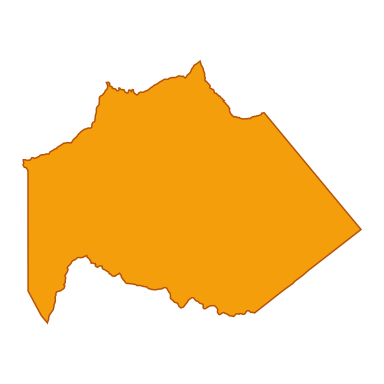 outline of Rondon do Pará, Pará, Brazil
{"feature_id": "56859067B15307403592374", "entity_name": "Rondon do Pará", "entity_type": "district", "adm_level": 2, "iso_a3": "BRA", "parent_name": "Brazil", "parent_adm1": "Pará", "projection": "albers", "projection_center": [-48.579, -4.482], "detail": "fine", "context": "isolated", "style": "filled", "palette": "amber", "viewbox_px": 384, "rotation_deg": 0, "n_neighbors": 0, "source": "geoboundaries", "source_scale": "gbopen_adm2", "svg_char_len": 5812}
<svg xmlns="http://www.w3.org/2000/svg" viewBox="0 0 384 384"><path d="M254.5,313.0L277.6,294.8L283.3,290.4L284.3,289.6L293.1,283.3L294.9,281.2L302.3,275.7L308.8,270.1L333.9,250.6L361.0,229.5L352.1,218.8L334.1,197.2L264.1,112.7L263.1,113.0L262.0,113.0L261.4,113.8L261.1,114.6L260.3,115.0L258.2,115.7L257.1,115.8L256.2,116.2L255.2,116.5L254.2,116.3L253.4,116.8L252.5,116.9L251.8,117.3L251.0,117.6L250.6,118.4L249.5,118.7L248.6,118.3L247.6,118.6L246.8,118.9L245.9,118.7L242.7,119.0L240.9,118.4L240.1,118.4L239.5,117.7L238.6,117.4L237.6,117.6L235.9,116.7L235.0,116.6L234.3,117.0L233.6,116.7L232.9,116.0L232.1,115.6L231.9,114.8L231.0,114.3L230.7,113.4L229.7,111.9L229.7,110.9L229.4,109.7L229.7,108.6L229.0,108.1L228.9,107.3L227.8,105.8L227.0,105.2L226.5,104.4L225.8,103.9L225.4,103.1L223.3,101.1L224.1,100.4L223.2,100.0L222.8,99.2L222.1,98.6L221.3,98.1L220.2,96.6L219.6,96.0L218.5,95.8L218.0,95.0L217.3,94.5L216.7,93.6L215.8,93.2L214.9,93.2L214.3,92.6L214.0,91.0L213.6,89.9L212.8,89.3L211.9,89.3L211.4,88.7L210.6,88.4L209.8,87.9L209.7,87.1L210.1,86.3L210.0,85.5L208.3,83.5L207.5,82.9L206.4,81.4L205.5,81.3L205.2,80.4L204.8,79.6L205.3,78.0L204.6,76.2L204.6,73.5L204.2,72.2L203.6,71.2L203.4,70.3L203.4,69.3L202.3,66.7L201.2,65.2L201.0,64.2L200.6,63.3L200.5,62.4L200.1,61.1L198.5,62.4L197.4,63.3L196.2,64.1L195.0,64.7L194.0,65.4L193.4,66.6L192.8,67.8L192.1,68.4L191.5,69.5L190.6,72.0L189.8,73.0L187.2,75.2L186.4,76.8L185.5,77.9L184.5,77.5L183.5,76.3L181.3,76.4L179.6,75.9L178.2,76.0L176.4,77.3L175.2,77.5L172.1,77.5L170.3,78.0L169.2,78.3L168.5,79.0L167.2,79.4L164.7,79.2L159.6,82.1L157.2,83.9L154.7,84.9L153.3,86.1L151.0,87.6L148.7,89.5L147.7,90.3L145.6,91.0L144.2,91.8L142.7,92.3L140.8,92.1L139.6,92.4L138.6,93.2L138.1,94.4L136.5,94.9L135.2,93.7L134.3,93.2L133.6,91.8L133.3,89.7L132.2,89.6L131.4,91.5L129.8,90.0L128.8,90.1L128.0,92.9L127.1,93.1L126.1,92.5L125.4,92.1L124.6,91.5L124.2,90.0L123.3,89.6L121.7,89.7L120.2,88.9L119.7,88.0L118.8,88.1L119.0,89.5L118.7,90.3L117.9,90.8L116.8,90.7L116.4,90.0L115.4,88.9L114.3,88.7L113.1,88.6L112.2,88.0L112.5,87.3L111.1,86.3L110.0,86.1L109.4,85.3L109.9,84.0L109.5,83.1L108.6,82.3L107.6,82.3L106.4,82.5L107.0,83.9L107.6,84.9L107.6,87.5L106.8,89.4L105.3,90.7L104.9,91.8L104.2,93.1L103.5,93.6L102.4,95.2L101.0,95.8L100.3,96.2L99.6,97.1L99.3,98.2L99.4,100.7L99.0,104.8L98.2,105.7L97.5,106.5L96.8,107.5L96.5,108.4L96.3,109.4L96.4,112.0L96.0,113.6L95.3,115.8L95.3,117.2L95.2,118.4L94.9,119.4L94.9,121.0L94.4,121.7L93.6,122.0L92.9,122.5L92.2,123.5L91.9,124.4L91.8,127.1L91.1,127.8L90.3,128.2L88.2,128.0L85.7,129.0L84.9,129.2L83.9,129.5L83.2,130.2L82.0,130.9L80.5,132.1L80.0,132.8L78.6,134.1L77.7,135.2L77.0,136.4L75.8,137.5L75.2,138.1L73.6,139.4L72.0,141.8L71.2,142.9L69.0,142.7L66.9,142.6L65.6,143.2L63.9,143.1L62.1,144.4L60.2,145.6L57.3,147.3L56.7,148.5L54.2,149.3L53.3,150.2L50.5,151.6L49.7,152.4L48.9,154.1L46.6,153.9L45.5,154.2L44.2,154.7L41.6,154.8L40.1,155.4L39.5,155.9L38.8,156.7L36.5,157.6L35.2,158.3L34.2,158.3L32.9,157.6L31.6,157.8L30.8,159.4L30.2,160.0L28.2,160.2L27.3,160.4L26.5,160.2L25.3,159.7L24.2,159.8L23.3,159.7L23.3,161.2L23.6,162.1L23.7,163.1L23.0,164.8L24.3,167.3L26.2,167.7L26.8,168.5L27.7,170.3L28.0,171.5L28.0,197.3L28.0,220.8L28.1,291.0L41.3,315.6L47.4,322.9L47.7,321.6L48.5,319.8L48.8,316.8L49.1,315.8L49.8,314.5L52.8,310.3L53.3,309.2L53.7,307.5L54.0,305.5L54.2,304.4L55.0,302.5L55.2,301.5L55.3,300.5L55.3,298.5L55.1,297.5L55.4,296.2L55.9,295.2L56.0,292.9L56.8,291.9L57.8,291.5L60.7,290.7L61.5,290.1L63.2,289.0L64.0,288.3L64.4,287.4L64.7,285.5L63.8,284.9L64.0,284.0L64.8,283.5L65.2,282.6L65.2,280.7L65.7,277.7L65.4,276.8L64.9,276.0L65.2,275.1L65.9,274.4L66.3,273.4L67.3,271.8L68.0,269.8L67.9,268.8L67.2,268.1L67.3,267.3L70.9,263.6L71.4,262.4L72.1,261.3L72.8,260.7L73.7,260.2L74.8,259.9L75.6,259.3L76.4,258.7L76.9,258.0L77.9,257.6L79.0,257.5L81.0,257.7L82.1,257.5L83.2,257.3L84.9,256.1L85.9,256.1L86.8,255.6L87.3,257.5L88.2,257.9L89.7,259.4L90.0,260.4L90.8,261.2L91.1,262.1L91.2,263.2L92.3,263.0L93.5,263.2L94.3,263.8L95.3,263.6L95.7,264.4L95.3,265.9L96.6,266.9L97.6,267.3L98.4,266.8L99.1,266.0L100.1,265.9L102.2,266.2L102.2,268.1L102.8,268.7L103.4,269.4L104.3,269.5L106.0,270.5L106.8,271.1L108.8,272.3L109.0,273.3L109.7,274.0L110.6,274.1L111.2,274.9L111.9,275.6L112.8,276.1L113.8,275.9L114.5,276.4L115.3,276.0L116.1,275.5L116.8,274.7L118.7,274.0L119.5,273.2L120.2,274.0L121.3,275.8L121.3,276.9L121.8,277.8L122.6,278.6L123.0,279.6L124.5,281.0L125.0,281.9L125.7,282.8L126.5,283.3L127.7,283.5L128.9,283.5L130.4,283.8L131.5,283.7L133.5,284.2L135.3,284.4L137.0,285.5L140.3,285.5L144.0,286.6L146.2,286.8L147.1,287.2L147.8,288.0L148.7,288.6L151.0,289.2L151.9,289.6L153.0,289.5L154.9,289.8L156.0,289.7L159.1,289.1L161.1,289.0L162.2,288.6L164.0,287.7L165.0,287.6L166.0,287.8L166.9,288.3L167.8,290.2L168.4,290.9L168.6,291.8L169.9,293.2L170.2,294.0L170.5,295.8L170.5,296.6L170.3,297.4L170.5,298.3L171.5,299.4L172.8,300.4L174.0,301.8L174.8,302.4L175.8,302.6L177.6,303.3L178.6,305.5L179.0,306.3L180.5,307.7L181.3,307.9L182.1,307.5L183.0,307.2L183.8,306.6L187.5,301.8L188.1,300.6L189.4,299.3L191.5,297.9L192.4,297.7L193.3,297.8L194.0,298.3L194.5,299.1L195.8,300.6L196.5,301.0L197.3,301.2L198.1,301.4L198.8,302.2L199.3,302.9L200.3,303.4L202.4,304.0L203.1,304.5L203.2,307.7L203.6,308.5L204.7,308.7L205.7,308.6L207.7,307.1L209.6,306.1L211.6,305.7L214.0,305.6L215.2,306.2L215.9,306.9L217.1,308.3L217.9,310.0L217.5,311.0L217.4,311.8L217.7,312.7L218.6,314.2L219.6,314.6L220.7,314.1L221.5,313.4L222.3,313.0L223.3,312.6L224.2,312.7L224.9,313.3L227.2,314.1L229.7,315.9L231.5,315.8L233.3,316.5L234.2,316.1L235.2,314.8L236.2,313.9L237.5,313.8L238.5,314.1L239.3,314.1L240.0,313.5L243.4,314.3L244.4,314.2L245.2,313.4L246.2,311.7L246.8,311.1L247.5,310.7L248.7,310.7L250.8,312.4L251.6,312.3L252.7,312.5L253.7,312.4L254.5,313.0Z" fill="#f59e0b" stroke="#b45309" stroke-width="1.5"/></svg>